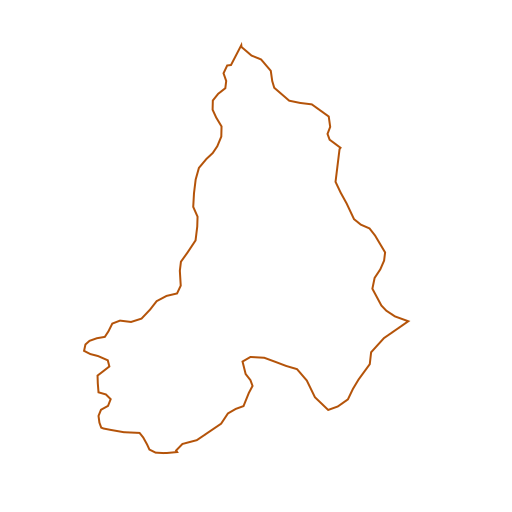 Cheongsong-gun, North Gyeongsang, South Korea (orthographic projection), rotated 7°
{"feature_id": "91817680B32757414449699", "entity_name": "Cheongsong-gun", "entity_type": "district", "adm_level": 2, "iso_a3": "KOR", "parent_name": "South Korea", "parent_adm1": "North Gyeongsang", "projection": "orthographic", "projection_center": [129.024, 36.373], "detail": "fine", "context": "isolated", "style": "outline", "palette": "amber", "viewbox_px": 512, "rotation_deg": 7, "n_neighbors": 0, "source": "geoboundaries", "source_scale": "gbopen_adm2", "svg_char_len": 1670}
<svg xmlns="http://www.w3.org/2000/svg" viewBox="0 0 512 512"><g transform="rotate(7 256 256)"><path d="M326.7,138.3L314.9,131.6L312.1,126.1L313.9,118.8L311.2,108.7L292.9,98.7L281.0,98.7L270.0,97.8L253.6,86.8L250.8,80.4L248.1,70.4L237.1,60.3L227.1,57.6L216.1,50.3L215.7,48.6L207.9,69.5L204.2,70.4L201.5,78.6L205.1,85.9L205.1,93.2L198.7,99.6L194.2,106.9L195.1,116.1L199.6,123.4L206.0,131.6L207.0,141.7L204.2,151.8L200.5,159.1L195.1,165.5L188.6,175.5L186.8,187.4L186.8,201.2L187.7,214.9L193.2,224.1L194.1,234.1L194.1,247.9L187.7,260.7L182.2,270.8L182.2,279.9L184.9,294.6L182.2,302.8L172.1,306.5L162.9,312.9L157.4,322.1L150.0,332.1L140.0,336.7L128.9,336.7L121.6,340.6L118.7,348.8L115.8,354.7L108.1,357.0L101.1,360.5L97.5,364.6L96.9,371.1L103.4,373.5L111.6,374.6L121.6,377.6L123.9,383.5L118.6,388.8L113.3,394.0L114.5,401.7L116.3,410.5L123.9,411.7L129.2,415.8L127.4,422.8L120.9,427.5L119.3,433.4L119.2,434.0L120.9,440.5L123.3,445.2L125.6,445.8L130.0,446.1L132.7,446.3L146.2,447.0L162.0,445.8L166.2,449.9L170.9,456.4L173.8,461.1L180.3,463.4L187.9,462.9L192.0,462.3L201.6,460.2L200.4,458.8L205.9,451.5L219.7,446.0L241.8,426.7L247.3,415.7L254.6,410.2L261.9,406.5L265.6,392.7L268.4,385.4L265.6,379.9L260.1,374.4L255.5,362.4L262.8,356.9L276.6,356.0L288.5,358.8L299.5,361.5L310.5,363.3L321.6,373.4L331.7,389.0L346.4,400.0L355.5,395.4L364.7,387.1L368.4,376.1L372.9,366.0L382.1,349.5L382.0,337.5L393.0,321.9L415.1,302.2L401.2,299.0L392.0,294.4L386.5,289.9L375.5,274.3L376.4,263.3L381.0,254.1L383.7,245.0L383.7,236.7L371.7,221.2L365.3,214.8L356.2,212.1L348.8,207.5L339.6,192.9L332.3,182.8L325.9,172.7L325.9,139.8L326.7,138.3Z" fill="none" stroke="#b45309" stroke-width="2"/></g></svg>